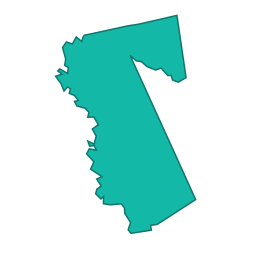 the district of Waller, Texas, United States of America, rotated 352°
{"feature_id": "52423323B21823422169347", "entity_name": "Waller", "entity_type": "district", "adm_level": 2, "iso_a3": "USA", "parent_name": "United States of America", "parent_adm1": "Texas", "projection": "natural_earth1", "projection_center": [-96.057, 29.987], "detail": "fine", "context": "isolated", "style": "filled", "palette": "teal", "viewbox_px": 256, "rotation_deg": 352, "n_neighbors": 0, "source": "geoboundaries", "source_scale": "gbopen_adm2", "svg_char_len": 983}
<svg xmlns="http://www.w3.org/2000/svg" viewBox="0 0 256 256"><g transform="rotate(352 128 128)"><path d="M192.5,86.2L192.1,23.3L152.6,26.7L142.5,26.8L97.6,30.1L96.2,31.6L94.3,35.9L89.4,30.7L84.6,37.1L79.0,34.2L74.4,39.1L75.9,51.0L74.0,57.2L77.3,59.8L75.7,65.5L68.6,60.0L66.4,61.7L70.1,65.5L63.5,66.7L67.8,74.7L69.8,82.5L73.9,78.9L76.5,81.2L74.6,85.5L79.5,88.3L82.7,93.9L78.7,94.2L80.5,99.1L88.2,102.4L91.5,107.0L89.6,111.7L95.7,112.4L99.1,120.6L92.5,124.1L95.4,131.5L92.2,139.2L86.4,135.4L87.5,140.8L91.9,140.6L93.7,145.5L86.8,143.2L83.4,147.9L89.5,156.8L85.2,163.6L95.4,172.5L89.9,174.2L93.4,181.7L88.6,184.3L86.8,188.7L91.3,194.5L94.3,192.5L93.1,199.6L99.8,201.6L110.8,202.2L113.4,206.6L112.9,212.0L117.4,221.9L114.0,228.8L116.3,232.7L136.9,232.4L136.8,227.6L143.5,227.5L185.0,208.3L170.7,159.5L140.2,56.5L145.6,62.7L150.7,64.3L155.2,69.7L163.5,74.5L169.0,73.2L174.7,81.5L178.1,82.0L178.8,86.7L184.1,89.6L192.5,86.2Z" fill="#14b8a6" stroke="#0f766e" stroke-width="1.5"/></g></svg>